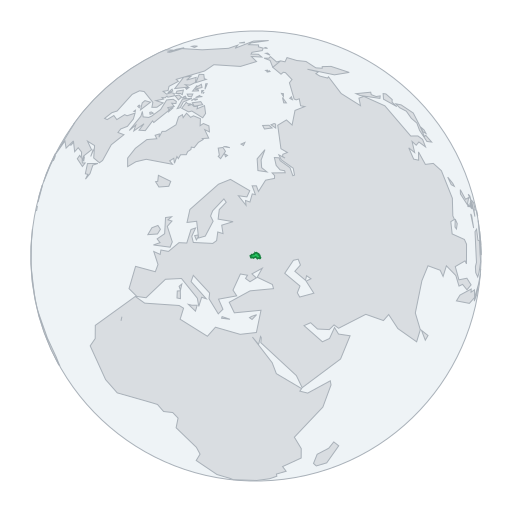 Belgorod on an orthographic globe, rotated 350°
{"feature_id": "RUS-2370", "entity_name": "Belgorod", "entity_type": "Region", "adm_level": 1, "iso_a3": "RUS", "parent_name": "Russia", "parent_adm1": "", "projection": "orthographic", "projection_center": [37.593, 50.613], "detail": "fine", "context": "on_globe", "style": "filled", "palette": "green", "viewbox_px": 512, "rotation_deg": 350, "n_neighbors": 0, "source": "natural_earth", "source_scale": "10m", "svg_char_len": 12655}
<svg xmlns="http://www.w3.org/2000/svg" viewBox="0 0 512 512"><g transform="rotate(350 256 256)"><circle cx="256" cy="256" r="225" fill="#eef3f6" stroke="#a8b0b8"/><path d="M195.5,39.0L202.9,37.3L210.3,38.9L204.0,39.8L206.5,40.5L214.6,39.6L219.2,38.9L238.8,43.6L265.0,46.7L274.7,45.2L271.5,47.8L290.8,43.9L305.9,46.0L287.9,45.3L285.4,46.6L295.2,48.6L294.7,50.4L299.2,52.6L297.8,54.8L287.4,54.7L286.2,56.3L293.3,57.7L296.3,61.1L286.1,58.7L290.3,64.6L273.6,66.6L247.7,60.3L237.5,64.9L208.1,68.2L209.9,70.5L199.8,73.8L198.1,77.8L193.1,77.7L196.0,81.0L200.9,80.4L203.7,81.7L203.2,84.1L196.8,84.3L196.1,83.1L193.9,84.4L191.0,83.6L192.1,85.4L184.4,85.6L191.1,89.1L184.2,92.3L179.3,91.5L181.1,86.8L174.4,74.6L170.0,73.1L162.1,75.3L144.4,89.1L139.0,89.8L130.8,94.2L133.1,95.8L140.4,93.0L142.6,97.5L151.2,94.0L153.4,95.5L161.7,94.3L159.0,99.8L151.9,106.0L144.8,107.4L141.5,110.4L147.0,113.6L132.8,121.3L121.5,135.3L118.0,137.0L113.2,131.3L116.2,119.2L110.0,113.6L112.5,122.8L103.6,127.6L101.5,130.9L101.2,134.2L103.9,134.7L100.6,137.7L96.9,129.2L99.8,126.3L101.0,128.9L102.3,123.4L99.7,118.5L95.5,121.8L96.1,112.3L93.1,114.7L91.5,114.2L96.3,110.9L87.7,116.8L87.8,109.6L76.0,121.2L89.2,106.3L94.9,99.7L100.8,93.2L98.9,94.8L109.3,85.1L110.8,83.8L123.5,73.8L136.8,64.8L150.7,56.8L165.2,49.8L180.2,43.9L195.5,39.0ZM40.5,190.5L37.7,201.3L37.5,201.6L32.7,226.8L31.4,248.8L31.0,259.1L30.8,260.6L31.2,268.1L31.3,270.7L36.3,300.6L41.7,320.8L43.5,329.4L42.8,328.9L37.8,312.0L34.1,294.9L31.7,277.4L30.8,259.9L31.1,242.3L32.9,224.8L36.0,207.5L40.5,190.5ZM76.4,120.0L73.4,124.2L59.8,145.9L64.5,137.3L64.2,138.0L68.2,131.6L74.8,122.1L76.1,120.4L76.4,120.0ZM74.0,125.2L76.1,122.0L74.5,124.7L74.0,125.2ZM221.4,38.4L214.8,39.5L207.7,39.8L213.3,38.6L221.4,38.4ZM234.8,39.2L231.6,39.9L229.1,38.4L231.7,38.4L234.8,39.2ZM281.7,44.0L276.4,43.3L281.7,43.4L281.7,44.0ZM300.1,52.6L301.8,52.3L303.4,53.6L300.1,52.6ZM162.6,91.5L162.1,92.9L160.8,92.3L162.6,91.5ZM166.7,89.7L165.5,88.1L167.2,87.1L167.9,88.1L166.7,89.7ZM302.7,58.2L304.7,60.7L300.8,58.1L302.7,58.2ZM167.7,92.0L170.5,85.5L173.6,83.7L178.8,86.2L167.7,92.0ZM304.8,62.1L310.0,68.5L314.1,68.1L305.3,73.1L303.8,65.8L298.3,62.6L303.0,63.4L304.8,62.1ZM202.7,79.1L197.5,79.9L202.3,77.1L202.7,79.1ZM205.1,77.0L215.9,67.3L223.3,67.7L218.2,70.7L228.1,69.7L226.4,74.6L220.5,76.3L216.1,75.0L218.8,77.9L205.1,77.0ZM299.6,75.0L299.4,76.7L297.7,74.9L299.6,75.0ZM205.3,82.0L206.8,79.9L213.3,80.0L211.4,84.3L209.9,82.9L205.3,82.0ZM231.6,67.2L236.1,68.2L235.9,72.4L237.7,73.4L227.0,74.8L231.6,67.2ZM208.2,84.1L210.3,86.6L206.7,88.8L204.2,84.2L208.2,84.1ZM215.8,78.3L218.8,78.6L216.5,79.8L215.8,78.3ZM195.2,98.6L196.8,95.8L200.4,95.5L195.2,98.6ZM211.3,87.4L212.6,86.6L214.2,86.3L214.8,88.4L211.3,87.4ZM227.6,77.8L226.6,79.4L232.0,77.4L232.1,80.7L224.9,81.1L228.1,82.4L228.1,83.4L222.2,82.6L227.6,77.8ZM220.2,89.6L211.2,91.6L207.2,96.8L204.0,97.1L210.9,88.7L220.2,89.6ZM221.9,85.5L220.1,88.1L217.0,87.0L216.3,84.6L221.9,85.5ZM234.7,82.9L236.4,77.7L237.9,77.9L234.7,82.9ZM219.7,91.3L221.9,90.8L219.8,91.7L219.7,91.3ZM230.8,85.6L231.2,83.7L232.9,83.9L230.8,85.6ZM225.9,91.5L223.0,92.0L222.4,90.4L225.9,91.5ZM228.6,89.0L230.9,89.7L224.0,89.4L228.5,88.1L228.6,89.0ZM232.3,86.1L233.5,85.6L231.9,86.9L232.3,86.1ZM229.8,97.7L221.2,97.8L219.9,94.0L228.4,94.4L229.8,97.7ZM86.4,351.6L77.1,315.7L83.3,309.4L85.7,296.4L130.1,274.9L138.2,283.1L171.7,291.4L175.6,294.8L170.3,305.1L194.2,326.6L203.7,319.1L226.8,330.4L243.1,331.4L251.5,310.3L224.8,308.2L221.6,296.9L244.1,289.3L267.6,291.2L267.2,286.9L253.5,277.1L260.1,269.1L248.9,272.9L252.5,277.6L245.6,280.3L241.8,276.3L244.3,273.5L237.5,271.0L227.4,285.6L230.1,291.9L211.6,292.0L214.2,302.7L208.8,306.4L202.3,289.9L203.9,284.4L190.9,264.2L187.6,269.9L199.6,289.5L195.3,287.2L190.9,295.7L190.9,287.4L178.7,265.2L162.8,263.2L140.5,278.0L131.7,275.2L125.3,266.1L135.6,245.3L154.1,254.0L158.0,247.4L156.1,233.8L161.9,237.8L163.4,233.6L170.6,236.3L182.5,229.5L190.1,231.2L196.6,218.6L201.4,217.9L196.2,225.4L196.6,231.8L215.6,236.1L219.9,234.0L222.5,225.7L227.4,228.2L227.6,219.7L239.4,218.2L225.1,213.1L227.9,203.9L236.0,197.9L234.3,194.2L221.2,203.9L218.2,208.8L219.8,214.3L209.5,227.6L202.6,228.3L203.6,211.5L193.9,211.0L199.0,198.7L231.5,178.8L244.1,176.1L261.2,190.6L257.3,196.2L249.1,193.6L255.0,204.4L255.3,199.5L259.4,201.8L263.1,194.2L266.1,195.5L264.4,186.2L268.6,187.0L269.6,192.9L278.6,183.0L287.7,182.8L288.3,180.0L286.3,177.0L299.2,179.1L299.0,177.0L294.7,175.4L291.6,170.3L291.2,162.2L295.7,163.3L296.4,166.4L304.8,174.9L306.2,183.3L308.0,183.0L307.9,176.0L297.6,165.6L296.1,160.4L301.6,164.6L299.4,162.6L300.1,160.5L304.9,159.5L299.2,154.7L300.1,131.0L309.6,127.3L314.3,133.3L319.7,119.4L330.0,117.3L326.0,115.8L325.9,108.7L322.7,109.2L320.8,108.0L319.0,91.2L322.1,88.5L316.8,80.5L314.8,79.8L312.2,81.3L305.3,73.1L314.1,68.1L318.3,69.8L321.0,66.0L330.2,70.6L339.0,73.1L347.6,81.1L353.8,82.6L354.1,81.0L362.8,82.3L379.7,91.4L364.7,91.2L339.1,81.0L349.4,85.5L346.6,86.8L350.1,89.9L357.4,93.2L358.5,92.1L368.1,110.8L385.0,126.1L384.8,118.4L390.0,117.6L409.0,130.5L429.2,164.7L436.3,165.9L440.3,170.1L441.9,178.0L436.2,172.0L433.0,174.7L429.6,170.3L430.2,181.7L425.2,176.0L428.1,188.0L432.8,189.9L434.1,181.7L438.7,195.2L446.7,195.6L453.4,204.2L459.4,233.2L456.8,250.7L457.8,254.4L453.8,256.0L453.0,268.3L464.1,275.9L465.4,280.9L461.9,300.3L461.0,297.1L450.4,301.0L451.7,314.7L459.8,314.5L462.8,321.8L457.9,325.9L454.5,319.8L450.7,320.9L449.4,309.9L441.8,298.7L436.7,308.6L434.9,302.0L423.7,295.5L415.1,309.1L403.0,339.8L405.0,357.1L399.3,368.4L383.1,352.1L376.5,336.7L370.3,341.7L354.0,332.5L324.8,341.5L320.9,337.4L315.4,341.2L303.9,338.6L298.2,331.2L291.2,332.9L306.5,352.0L314.1,350.0L320.9,340.1L323.7,347.2L334.8,350.9L321.4,372.1L278.6,393.7L275.0,380.8L245.7,342.2L247.0,337.5L246.9,337.0L246.5,336.0L243.2,343.6L238.4,335.2L253.4,363.9L255.6,375.4L277.9,394.5L275.7,396.7L283.1,400.0L307.5,391.8L307.5,396.0L295.6,416.4L262.3,441.1L267.1,453.5L265.4,462.8L245.6,468.0L248.3,473.2L238.2,474.3L238.3,476.5L230.7,477.7L217.7,477.2L194.6,472.3L192.4,470.8L179.6,464.4L161.6,447.0L166.5,441.4L164.1,434.1L147.5,411.3L151.1,402.1L146.8,395.7L138.0,393.1L133.2,385.1L127.9,382.4L95.6,366.7L86.4,351.6ZM113.4,292.5L111.9,296.2L111.8,296.3L113.4,292.5ZM291.9,304.0L306.5,302.7L301.0,289.4L306.2,288.0L302.4,284.2L300.5,288.5L291.6,277.8L298.2,272.6L297.0,266.5L292.1,266.7L281.3,278.0L294.1,293.2L290.3,299.4L291.9,304.0ZM37.6,201.7L36.7,205.5L37.3,202.5L37.6,201.7ZM49.4,168.7L47.7,173.6L48.8,169.7L49.4,168.7ZM58.0,149.2L50.7,165.1L53.0,158.8L57.8,149.0L55.4,154.0L58.0,149.2ZM71.9,127.1L70.2,129.7L69.6,130.2L71.9,127.1ZM72.8,127.2L73.2,126.5L74.7,124.5L72.8,127.2ZM103.9,128.1L104.1,128.8L102.9,132.4L102.0,131.2L103.9,128.1ZM106.8,146.1L101.4,150.7L104.6,146.4L102.2,145.4L106.1,135.7L116.4,137.4L111.1,138.2L106.8,146.1ZM114.1,123.7L110.5,129.3L114.0,123.1L114.1,123.7ZM164.7,208.9L166.5,213.1L162.8,217.2L153.2,216.2L158.4,210.1L164.7,208.9ZM169.9,218.2L173.6,202.4L179.7,202.7L175.6,205.1L179.3,207.0L173.8,211.4L176.0,227.6L172.9,232.4L156.9,227.3L163.8,226.2L161.6,222.0L169.9,218.2ZM172.2,165.4L173.9,159.6L185.0,167.7L182.2,172.2L172.4,171.2L170.0,165.4L172.2,165.4ZM176.3,98.1L176.3,96.1L178.0,96.0L179.6,97.5L176.3,98.1ZM195.7,97.3L178.5,106.8L177.6,105.0L168.7,113.3L162.7,111.8L168.7,106.3L157.4,111.6L160.4,106.1L153.0,110.4L166.9,98.4L169.2,93.9L169.0,99.4L174.4,100.9L177.4,100.2L187.6,95.1L195.1,86.8L201.7,87.3L204.4,89.9L203.6,92.0L199.5,90.9L201.4,94.5L194.9,94.5L195.7,97.3ZM231.7,125.7L227.4,122.6L229.9,131.7L223.5,131.0L224.2,132.1L219.0,134.1L213.9,138.6L211.2,137.5L210.4,139.8L206.9,141.3L204.9,144.1L199.3,143.2L196.4,146.6L195.4,144.3L191.8,150.5L192.0,145.5L187.5,147.3L189.7,151.2L164.7,141.7L154.1,142.3L145.1,145.7L146.6,137.3L155.9,129.0L168.7,122.4L178.7,123.3L177.6,119.6L182.0,119.0L181.1,122.2L185.2,117.0L188.6,117.5L200.0,112.9L203.9,105.6L208.1,104.0L208.3,107.1L212.4,103.3L215.7,108.1L218.8,107.1L225.1,111.1L223.6,118.0L227.2,116.4L232.2,119.7L231.7,125.7ZM231.4,99.0L231.1,106.9L227.5,110.6L218.0,102.1L214.7,102.4L208.5,97.6L214.0,92.5L215.2,94.2L217.7,94.8L215.0,96.2L219.1,95.6L220.9,98.1L224.6,98.4L223.5,100.8L231.4,99.0ZM181.0,291.9L184.2,293.3L189.5,294.3L186.8,299.8L181.0,291.9ZM172.4,276.8L175.4,277.1L174.2,284.9L170.9,283.6L172.4,276.8ZM178.1,270.7L175.7,276.5L175.0,272.5L178.1,270.7ZM199.1,225.3L202.5,225.2L202.4,227.2L200.1,229.8L199.1,225.3ZM238.0,154.0L236.1,151.3L237.4,150.4L237.5,143.2L242.3,143.4L244.1,147.7L238.0,154.0ZM246.4,313.9L241.1,317.8L238.9,315.6L241.1,314.7L246.4,313.9ZM212.1,309.8L219.4,313.8L211.3,311.3L212.1,309.8ZM243.2,153.0L242.8,150.0L245.4,152.0L243.2,153.0ZM245.8,143.1L249.1,144.8L242.9,142.6L245.8,143.1ZM304.5,457.3L289.7,472.0L278.9,473.2L276.6,470.3L281.8,461.9L294.3,457.9L300.3,452.6L304.5,457.3ZM475.0,308.9L475.1,308.4L475.0,308.9ZM474.1,312.3L466.6,332.4L463.1,338.4L464.4,334.3L470.3,322.2L474.1,312.3ZM464.1,334.8L457.9,339.7L445.6,335.0L450.1,329.9L462.2,325.9L461.5,329.0L465.3,327.3L464.1,334.8ZM477.0,293.0L476.3,300.5L472.7,311.2L470.7,315.2L469.5,310.6L470.2,304.6L472.0,300.6L475.9,270.1L477.9,267.9L477.3,279.0L478.7,279.8L477.0,293.0ZM406.1,358.0L411.6,364.2L408.1,368.3L406.1,358.0ZM475.4,253.4L475.2,266.3L474.7,251.8L475.4,253.4ZM473.7,241.7L474.8,244.5L473.3,244.1L473.7,241.7ZM459.8,259.1L458.1,264.2L457.0,262.0L458.6,254.2L459.8,259.1ZM458.5,211.6L462.4,218.6L463.4,221.8L460.7,219.7L458.5,211.6ZM283.3,152.8L277.7,162.4L276.9,170.0L281.4,175.1L272.7,172.2L274.0,160.5L283.3,152.8ZM297.6,133.4L293.6,129.4L296.8,128.7L298.2,129.5L297.6,133.4ZM294.1,132.7L286.4,132.4L285.2,128.6L291.5,129.5L294.1,132.7ZM264.8,142.2L262.8,145.0L260.7,143.2L264.8,142.2ZM479.5,284.2L479.5,282.6L478.5,291.4L478.0,294.2L478.3,289.7L479.2,279.1L479.7,273.1L481.0,259.6L479.4,277.9L479.7,279.7L480.6,270.4L479.9,279.2L479.9,280.6L479.5,284.2ZM481.3,255.3L481.2,254.1L481.1,249.5L481.2,249.8L481.2,250.9L481.3,255.3ZM480.0,248.7L478.6,248.5L478.4,255.2L477.9,238.3L479.5,241.3L480.0,248.7ZM477.2,241.3L477.1,247.5L476.5,238.6L477.2,241.3ZM476.5,246.8L475.4,243.5L476.0,240.6L476.5,246.8ZM477.5,239.2L475.7,232.0L477.0,234.0L477.5,239.2ZM472.2,236.5L475.5,235.4L473.1,242.3L468.1,230.4L468.7,226.1L472.2,236.5ZM444.7,164.9L441.8,162.5L441.0,158.1L443.3,160.9L444.7,164.9ZM435.7,142.5L439.9,156.2L442.7,167.7L444.1,166.6L448.8,174.3L444.2,172.9L438.9,160.7L437.5,153.0L432.9,147.4L429.2,139.5L423.2,134.9L420.2,130.4L425.2,132.4L435.7,142.5ZM420.6,133.3L408.8,123.7L409.4,118.1L412.1,119.0L417.3,125.6L416.7,128.1L420.6,133.3ZM406.1,119.9L405.4,122.3L386.6,116.1L382.7,113.5L397.4,114.6L397.5,117.1L402.0,119.8L406.1,119.9ZM301.8,76.8L299.6,76.7L301.1,75.7L301.8,76.8ZM319.0,108.4L316.6,106.6L318.5,105.3L319.0,108.4ZM311.2,100.9L310.7,103.6L309.3,100.3L311.2,100.9ZM309.9,110.0L309.6,104.5L312.5,110.5L309.9,110.0Z" fill="#d9dde1" stroke="#a8b0b8" stroke-width="1"/><path d="M251.2,257.0L251.0,256.9L250.9,256.9L250.9,256.7L250.7,256.5L250.6,256.4L250.5,255.9L250.7,255.7L250.7,255.4L250.5,255.2L250.4,254.9L250.4,254.7L250.5,254.6L250.8,254.6L250.9,254.8L251.0,254.8L251.0,254.7L251.3,254.7L251.5,254.6L251.7,254.4L251.8,254.4L252.0,254.2L251.9,254.1L251.9,253.9L252.0,253.8L252.3,253.9L252.6,254.0L252.8,254.0L253.0,254.0L253.3,254.1L253.5,254.1L253.8,254.0L254.0,253.8L254.2,253.7L254.4,253.8L254.4,253.7L254.5,253.7L254.8,253.5L254.8,253.4L254.8,253.2L255.0,253.1L255.4,253.0L255.5,253.0L255.8,253.0L255.8,252.9L255.9,253.0L256.0,253.0L256.3,253.0L256.5,252.8L256.8,252.9L257.0,252.8L257.1,253.0L257.3,253.2L257.5,253.3L257.8,253.4L258.0,253.4L258.1,253.5L258.2,253.8L257.9,253.9L258.0,254.0L258.3,254.2L258.4,254.4L258.5,254.5L258.6,254.4L258.7,254.2L258.8,254.2L259.0,254.3L259.1,254.5L259.2,254.8L258.8,254.8L258.9,255.0L258.8,255.3L259.0,255.3L259.0,255.5L259.3,255.6L259.4,255.8L259.6,255.8L259.8,255.9L259.8,256.0L259.7,256.0L259.8,256.4L259.7,256.4L259.6,256.5L259.6,256.9L259.7,257.0L259.7,257.3L259.8,257.2L259.8,257.3L259.8,257.5L259.9,257.8L260.0,258.0L260.2,258.4L260.1,258.5L260.0,258.8L259.9,258.9L259.8,259.0L259.7,259.1L259.4,259.2L259.2,258.9L258.9,258.8L258.8,258.7L258.7,258.7L258.3,258.6L258.2,258.6L257.9,258.5L257.9,258.4L257.8,258.2L257.7,258.2L257.4,258.3L257.5,258.5L257.3,258.7L257.2,258.7L257.0,258.8L257.0,258.7L256.9,258.5L256.8,258.4L256.7,258.3L256.4,258.2L256.1,257.7L256.0,257.4L255.9,257.2L255.7,257.1L255.6,256.8L255.6,256.7L255.3,256.7L255.2,256.8L255.0,257.0L254.6,257.1L254.3,257.1L254.1,257.1L253.7,257.4L253.6,257.5L253.4,257.6L253.3,257.4L253.2,257.3L253.1,257.2L252.9,257.3L252.7,257.3L252.4,256.9L252.3,256.7L251.8,256.7L251.6,256.7L251.5,256.8L251.4,256.8L251.3,257.0L251.2,257.0L251.2,257.0Z" fill="#22c55e" stroke="#15803d" stroke-width="1.5"/></g></svg>